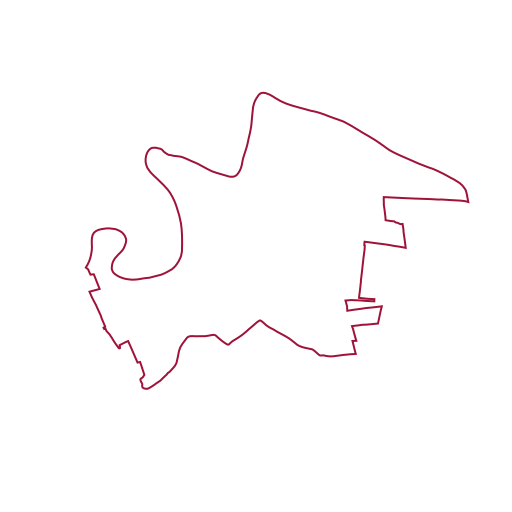 Yen Khanh, Ninh Bình, Vietnam (Natural Earth projection), rotated 303°
{"feature_id": "81297802B59755992581592", "entity_name": "Yen Khanh", "entity_type": "district", "adm_level": 2, "iso_a3": "VNM", "parent_name": "Vietnam", "parent_adm1": "Ninh Bình", "projection": "natural_earth1", "projection_center": [106.072, 20.189], "detail": "fine", "context": "isolated", "style": "outline", "palette": "rose", "viewbox_px": 512, "rotation_deg": 303, "n_neighbors": 0, "source": "geoboundaries", "source_scale": "gbopen_adm2", "svg_char_len": 6126}
<svg xmlns="http://www.w3.org/2000/svg" viewBox="0 0 512 512"><g transform="rotate(303 256 256)"><path d="M86.2,237.8L88.2,238.9L90.8,240.1L92.9,241.0L95.1,241.8L96.8,242.6L99.2,243.6L101.2,244.1L102.8,244.4L104.9,244.9L107.7,245.6L109.9,245.8L111.6,246.6L114.5,247.1L115.7,247.3L119.3,247.8L120.3,247.8L122.5,247.6L123.5,247.4L125.0,246.8L128.9,245.4L132.0,244.1L134.1,243.3L135.8,242.8L137.9,242.3L139.3,242.2L142.3,242.1L146.2,242.4L149.5,242.6L150.3,242.8L151.1,243.1L151.9,243.6L152.4,244.0L153.3,245.0L154.6,247.0L156.2,249.7L158.3,252.8L160.8,256.7L162.8,259.0L166.1,262.5L166.5,263.0L166.9,263.6L167.1,264.1L167.3,264.8L167.4,265.4L167.3,266.2L166.8,269.0L166.3,273.4L166.1,276.9L166.1,278.2L166.2,280.2L166.3,280.6L166.6,281.0L167.0,281.3L167.2,281.5L169.1,281.9L170.2,282.2L171.2,282.5L172.9,283.2L175.3,284.4L179.1,286.1L181.3,287.0L183.8,287.9L185.5,288.4L187.7,289.1L190.5,289.8L193.4,290.7L201.3,293.0L202.5,293.5L203.4,294.0L204.0,294.3L204.2,294.6L204.3,294.9L204.4,295.4L204.4,296.0L204.1,298.6L203.6,301.7L203.5,302.2L203.5,302.9L203.4,305.1L203.5,307.1L203.9,310.7L204.0,315.1L204.4,319.6L204.7,323.7L204.8,325.2L204.9,328.9L204.8,330.1L204.7,331.9L204.1,337.9L204.0,338.8L204.0,339.5L204.2,341.5L204.8,344.4L205.2,345.6L205.6,346.8L207.7,352.4L208.2,353.6L208.3,354.1L208.4,354.6L208.4,355.1L208.2,357.3L207.4,362.6L207.4,363.5L207.8,364.5L208.1,364.9L208.9,366.0L209.3,366.5L209.5,366.8L209.6,367.2L210.5,369.5L211.4,371.4L212.1,372.7L212.9,373.9L213.7,375.1L215.6,377.3L218.4,380.6L220.4,382.9L225.1,388.8L228.2,393.0L229.4,391.7L230.9,390.0L237.3,383.2L239.5,386.3L242.0,383.4L243.1,382.2L244.0,381.1L247.5,377.3L249.5,374.7L253.3,379.3L254.6,380.8L256.2,382.6L258.8,386.3L265.8,395.1L270.9,393.1L277.4,390.6L282.3,388.9L280.2,386.4L276.3,381.7L272.5,376.9L268.2,372.0L264.2,367.3L259.8,362.4L261.8,360.9L263.3,359.9L267.4,355.3L271.0,360.0L276.0,368.5L278.0,372.3L282.4,379.9L284.3,378.8L281.0,373.1L277.0,365.2L280.8,363.3L281.5,363.0L286.4,360.6L289.5,359.0L291.5,358.1L292.4,357.4L299.8,353.8L309.1,349.1L312.9,347.2L317.5,345.0L319.9,343.9L324.0,341.6L324.3,341.2L324.2,340.8L327.1,339.3L328.2,341.5L332.0,349.5L336.0,357.8L337.9,362.0L339.5,365.9L342.1,371.6L344.4,377.1L349.8,372.5L356.6,366.6L358.5,365.2L359.8,364.1L361.5,362.5L362.7,361.5L361.4,359.8L361.3,359.4L361.0,357.1L360.7,356.0L360.2,354.9L360.2,354.7L360.3,353.0L358.6,349.7L356.6,345.2L359.3,343.2L362.9,340.2L366.1,337.5L367.4,336.3L368.3,335.5L371.2,333.6L373.0,332.3L375.0,331.1L380.7,340.9L385.3,348.8L389.7,356.3L398.6,371.1L402.6,378.1L404.3,380.6L408.3,387.7L414.0,397.7L415.7,401.1L416.3,402.7L416.9,404.6L418.9,402.7L422.8,399.0L424.6,397.0L425.3,396.2L425.9,395.1L426.8,392.9L427.6,390.4L427.7,389.6L428.1,387.2L428.1,384.3L428.0,380.3L427.6,376.4L427.4,373.0L427.0,368.2L426.4,363.3L425.8,359.1L425.2,356.0L424.2,352.2L423.5,348.8L422.2,342.7L421.3,337.2L420.4,331.7L419.5,326.2L418.6,320.8L417.9,315.5L417.5,310.5L417.6,306.6L417.8,303.7L418.1,293.9L418.0,288.7L417.8,283.6L417.5,278.7L417.4,274.2L417.1,264.8L416.7,259.2L416.4,256.2L415.9,253.9L414.9,249.6L414.3,247.3L413.0,241.6L411.8,235.9L410.6,231.1L409.3,227.0L408.3,224.4L407.7,223.0L406.3,218.5L402.9,207.9L401.3,202.5L400.2,197.9L399.8,195.4L399.3,192.0L399.2,189.8L399.0,186.1L399.0,183.1L398.8,180.2L398.7,179.2L398.0,175.9L397.8,175.3L397.5,174.6L397.2,173.9L396.8,173.1L396.0,172.2L395.1,171.4L394.5,171.1L393.7,170.8L392.8,170.6L391.9,170.5L388.5,170.5L386.1,170.6L384.4,170.9L382.7,171.3L379.4,172.4L370.6,176.9L364.2,180.3L362.0,181.4L356.0,183.9L351.9,185.3L345.7,187.7L341.8,189.0L331.9,191.7L330.0,192.3L324.9,194.4L322.8,195.1L320.8,195.6L319.1,195.9L316.1,196.0L313.8,195.8L312.9,195.5L311.4,194.8L310.6,194.2L309.8,193.3L308.4,191.1L308.0,190.2L307.7,189.2L306.7,185.8L304.2,177.5L303.7,175.3L303.2,173.6L303.0,172.4L302.5,168.0L301.6,156.9L301.1,153.6L300.5,150.5L299.7,145.0L298.8,140.4L298.4,139.1L297.1,136.2L295.1,132.2L294.1,129.5L293.5,128.2L293.2,127.3L293.1,125.6L293.1,124.2L293.3,121.8L294.0,119.3L293.9,117.6L292.2,112.9L291.0,111.1L289.9,109.8L288.4,109.0L286.6,108.5L284.6,108.4L282.6,108.6L280.0,109.3L277.2,110.6L274.9,112.1L272.8,114.1L270.8,116.8L269.7,119.4L268.8,121.8L268.2,124.3L267.6,127.2L266.9,131.2L265.8,136.7L265.2,139.7L263.6,145.8L262.1,149.7L260.1,153.6L257.9,157.3L254.9,161.5L250.9,166.3L248.3,169.4L242.5,175.3L238.3,178.8L233.2,182.6L226.3,187.2L222.9,189.3L219.5,191.4L215.6,193.0L214.0,193.4L209.7,194.0L206.0,194.0L203.4,193.8L201.1,193.3L198.9,192.6L195.4,190.8L191.8,188.8L188.6,186.6L184.8,183.1L179.8,178.5L176.1,174.0L172.3,169.9L170.4,167.5L169.1,165.7L168.2,164.2L166.4,160.5L165.2,157.5L164.7,155.4L164.2,153.2L163.9,149.8L164.0,148.3L164.1,146.9L164.4,145.6L164.8,144.5L165.7,143.2L166.4,142.3L167.2,141.7L168.2,141.1L170.7,139.9L173.2,139.2L175.3,139.0L177.4,139.0L182.0,139.7L184.7,140.3L186.9,140.7L188.9,140.9L191.0,140.8L194.1,140.2L196.3,139.6L198.6,138.5L199.6,137.6L200.4,136.6L200.9,135.8L201.3,135.2L201.7,134.5L202.1,133.4L202.5,132.0L202.8,130.9L202.8,129.9L202.8,128.6L202.7,127.5L202.5,125.7L202.2,124.3L202.0,123.7L201.2,121.8L199.4,118.2L197.9,115.8L197.1,114.9L194.5,111.9L191.9,109.5L189.5,108.1L187.1,107.4L184.5,107.6L181.9,108.5L179.3,110.0L176.7,111.7L174.2,113.5L171.1,115.3L167.6,116.8L164.5,118.0L160.9,118.9L157.4,119.4L153.6,119.6L153.5,120.9L153.5,121.8L153.3,122.6L152.9,123.3L152.3,124.0L150.2,127.3L152.3,129.8L152.3,130.0L149.8,133.5L146.5,138.1L143.2,142.8L141.8,141.6L139.8,139.8L136.4,136.7L135.4,135.8L132.3,140.4L131.3,142.1L127.5,148.9L125.7,151.6L124.9,152.9L121.4,158.4L119.5,160.7L117.1,164.3L114.6,168.0L112.8,167.2L112.1,168.5L113.0,169.4L111.6,171.6L110.5,176.0L109.8,177.4L108.7,180.1L108.0,181.3L106.1,185.6L104.7,189.2L104.2,190.4L104.0,191.3L104.1,191.7L104.5,192.0L104.9,192.0L107.0,190.2L113.5,194.0L115.0,195.1L111.6,200.4L102.1,214.7L104.0,216.5L101.1,220.2L95.5,227.1L92.8,227.1L91.7,226.8L90.7,226.3L89.8,226.2L89.3,226.4L88.8,226.9L88.4,227.4L87.9,228.2L87.5,228.9L87.2,229.6L86.7,230.3L86.0,230.8L85.4,231.0L84.3,231.9L83.9,232.9L83.9,233.6L84.2,234.9L84.7,235.9L85.2,236.9L86.2,237.8Z" fill="none" stroke="#9f1239" stroke-width="2"/></g></svg>